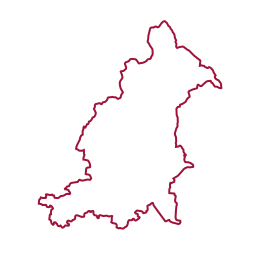 outline of An Nhon, Bình Định, Vietnam, rotated 173°
{"feature_id": "81297802B14138193507010", "entity_name": "An Nhon", "entity_type": "district", "adm_level": 2, "iso_a3": "VNM", "parent_name": "Vietnam", "parent_adm1": "Bình Định", "projection": "natural_earth1", "projection_center": [109.077, 13.858], "detail": "fine", "context": "isolated", "style": "outline", "palette": "rose", "viewbox_px": 256, "rotation_deg": 173, "n_neighbors": 0, "source": "geoboundaries", "source_scale": "gbopen_adm2", "svg_char_len": 5690}
<svg xmlns="http://www.w3.org/2000/svg" viewBox="0 0 256 256"><g transform="rotate(173 128 128)"><path d="M216.4,50.7L216.6,49.2L217.1,47.8L217.2,46.8L215.9,45.9L215.6,43.1L215.2,42.2L214.2,41.1L213.3,41.7L213.0,43.2L212.4,43.3L211.6,43.2L211.2,42.9L210.9,42.1L210.1,41.4L209.8,40.1L209.2,39.3L207.9,38.8L206.8,39.4L205.5,37.2L204.9,37.1L203.9,37.4L202.2,38.9L198.8,38.3L198.3,39.0L198.4,39.8L200.0,41.4L199.7,42.8L199.0,43.2L198.1,43.3L197.2,42.6L196.1,42.2L194.9,42.6L194.2,43.4L192.2,43.8L191.6,44.4L191.2,46.5L190.9,47.1L190.1,47.6L189.0,47.5L188.1,47.1L184.6,45.3L184.0,45.5L182.7,45.2L182.3,45.6L181.8,47.9L181.2,48.6L178.9,49.1L178.1,49.9L177.1,50.4L176.1,50.3L175.9,49.4L175.3,49.2L174.9,49.2L174.1,49.9L173.0,49.9L172.7,49.8L172.5,49.2L172.7,48.2L172.5,46.3L171.7,45.5L169.9,44.9L169.6,44.3L169.4,42.7L168.7,42.1L167.9,42.4L167.6,44.3L166.9,44.8L166.4,44.9L163.0,43.6L159.8,43.6L157.8,42.5L154.7,42.7L154.4,42.4L154.9,41.4L155.5,37.6L156.1,36.6L155.8,36.2L154.6,35.4L152.2,34.7L151.6,34.3L151.1,33.3L151.1,31.9L151.5,30.9L151.2,30.5L149.4,29.5L148.2,29.8L146.1,28.9L145.0,28.8L144.6,28.9L143.2,29.9L141.7,30.4L141.0,31.0L140.0,32.7L139.5,34.7L138.9,35.7L138.3,36.3L135.3,36.1L134.3,37.2L133.6,37.2L133.0,36.7L132.9,35.9L131.8,35.2L130.8,35.5L127.9,37.0L127.4,37.6L127.5,38.1L128.9,39.0L129.0,39.3L128.8,40.8L129.0,41.5L130.8,42.3L131.3,43.1L131.0,43.7L130.4,44.2L129.1,44.9L128.6,44.9L124.7,43.7L123.8,43.1L123.4,41.9L123.0,41.6L120.5,41.9L120.1,42.2L119.8,43.4L118.9,43.7L118.3,44.8L118.3,48.1L117.6,48.7L115.5,49.2L113.7,50.5L113.0,50.7L112.4,50.4L111.9,47.9L102.4,30.9L101.7,30.8L98.4,31.8L98.2,31.7L98.0,30.9L97.4,30.0L95.5,28.8L89.5,26.5L88.1,27.0L87.4,28.2L87.4,29.5L87.6,29.7L89.5,30.1L91.0,30.9L91.4,31.3L91.6,32.3L91.6,34.1L90.3,41.0L89.5,44.5L89.0,45.5L88.8,47.2L89.0,47.8L90.0,48.8L90.1,49.8L90.1,50.5L88.9,54.6L89.9,55.7L89.9,57.2L90.3,57.4L94.9,58.3L94.9,59.3L94.3,62.5L93.3,64.2L93.4,65.6L92.9,67.9L92.5,68.4L91.5,68.0L90.6,68.5L88.7,68.9L88.6,69.9L88.2,70.4L88.2,70.7L89.1,72.4L85.1,74.1L84.0,74.7L77.7,80.3L76.2,81.2L73.8,81.9L71.5,81.4L68.2,81.4L68.0,81.5L67.9,82.2L68.0,83.6L70.2,85.6L72.2,86.6L75.0,87.1L75.7,87.8L75.9,88.9L75.9,90.3L75.1,92.3L75.6,93.9L75.1,94.0L74.2,93.8L73.9,94.2L75.6,96.9L75.8,98.2L75.6,99.7L76.8,101.5L77.1,102.7L78.0,103.8L78.6,104.2L80.2,103.5L82.7,103.4L82.2,105.5L82.4,107.3L81.8,108.7L81.5,113.0L82.2,115.6L82.0,117.4L80.0,121.8L78.6,123.5L78.5,125.9L77.8,127.9L77.7,130.0L77.4,132.5L78.1,134.6L77.6,141.2L76.1,142.8L74.0,142.9L73.4,144.8L71.0,145.3L67.9,146.8L67.4,147.2L66.7,148.5L65.1,150.3L63.1,151.4L62.9,152.1L63.6,156.1L63.2,157.0L59.4,158.3L54.8,159.0L54.5,159.4L54.2,160.9L53.5,162.4L53.2,162.5L51.0,160.8L49.8,160.7L48.6,161.7L44.6,164.5L43.3,164.8L40.6,164.8L40.2,164.6L39.9,164.2L39.8,163.0L38.7,162.4L37.0,158.9L36.6,158.5L34.6,158.1L32.8,156.8L31.3,156.2L30.5,156.3L30.3,159.9L30.6,161.3L32.4,164.4L34.1,165.4L35.3,166.6L35.6,168.4L34.6,169.6L36.1,172.4L36.7,175.0L38.4,177.4L39.9,178.5L40.5,178.5L41.2,177.9L41.8,177.8L44.1,179.2L45.0,180.5L46.8,180.8L47.4,181.3L49.1,181.0L48.0,185.9L48.1,186.3L53.7,191.9L58.1,197.6L59.4,198.3L62.9,201.8L63.7,202.1L64.7,202.2L67.4,202.0L69.3,201.5L69.8,201.7L70.2,202.6L70.2,203.5L69.7,205.5L70.4,207.8L69.6,208.9L69.6,209.3L70.4,211.5L70.6,215.3L71.5,217.1L72.0,217.8L72.3,219.3L73.6,221.4L74.0,223.0L75.5,224.5L76.5,227.3L78.1,229.2L78.5,229.5L79.6,229.5L80.9,228.8L82.5,227.4L84.7,224.9L85.4,224.5L86.6,224.4L87.8,225.3L88.5,225.3L89.4,225.2L90.3,224.6L92.1,224.9L93.4,224.6L94.1,223.5L96.5,217.1L97.2,213.6L97.9,211.7L97.9,210.9L97.0,209.4L95.8,206.4L94.2,203.4L94.2,201.7L94.5,198.4L95.1,197.2L96.1,196.1L96.9,194.4L97.4,194.0L99.4,193.8L100.1,193.6L101.7,192.2L103.5,191.4L105.7,190.9L107.7,190.9L109.0,190.7L109.5,190.9L111.1,194.1L112.0,195.2L115.2,196.1L117.3,196.0L119.3,194.1L121.9,193.6L122.7,193.0L123.2,192.4L123.3,192.0L122.4,188.4L122.8,187.0L125.5,185.2L128.1,185.1L128.4,184.8L127.6,181.8L127.3,179.1L127.5,178.3L129.6,175.9L130.3,174.9L130.6,174.2L130.8,171.6L130.5,168.4L128.7,164.0L130.6,161.8L131.8,158.9L134.2,158.1L134.6,158.2L136.6,160.0L137.9,160.1L139.5,160.7L144.0,160.7L144.4,160.4L145.0,159.0L145.8,158.0L147.5,156.7L149.9,156.5L151.2,154.9L152.0,155.1L152.7,155.9L153.3,156.1L157.0,155.7L157.7,155.3L158.2,154.5L158.3,152.8L159.5,151.2L158.1,147.2L158.5,145.5L159.0,144.5L160.2,143.2L161.9,142.7L163.0,140.9L164.3,139.6L166.0,139.1L166.7,137.2L167.1,136.8L168.2,136.7L170.3,133.6L170.7,133.6L171.5,134.7L172.0,134.3L172.6,131.8L173.4,130.5L173.8,126.9L175.3,126.3L175.6,125.9L176.7,124.2L177.3,122.2L180.1,118.1L181.4,115.8L182.1,113.7L180.6,112.8L179.2,111.5L176.4,111.0L174.5,111.6L174.5,110.5L174.9,107.5L174.4,106.7L175.9,103.7L176.1,102.1L174.0,101.5L171.7,100.6L171.4,100.2L170.7,98.8L170.3,97.1L170.2,95.1L170.3,94.0L170.7,93.7L172.8,93.6L173.8,93.4L174.2,93.0L174.5,92.4L175.6,87.5L174.7,87.0L173.3,86.8L171.8,85.9L171.3,85.1L170.7,82.5L171.7,81.3L172.2,81.2L173.8,81.7L174.9,81.8L179.5,81.3L181.0,81.7L182.3,82.5L182.7,82.5L184.6,80.6L190.6,80.4L191.5,80.2L192.4,79.5L193.5,77.6L195.6,77.3L197.1,75.9L198.0,75.5L197.9,74.9L195.3,74.1L194.6,73.5L194.3,72.2L193.7,71.6L193.3,70.3L193.9,69.5L196.1,70.0L197.7,69.9L198.6,69.3L200.3,68.7L203.2,68.6L205.0,67.3L206.1,67.0L209.1,67.6L209.5,68.2L209.7,70.1L211.0,70.3L211.4,70.5L211.5,71.1L213.7,71.0L216.6,72.1L217.5,72.0L217.3,70.7L217.9,69.9L217.8,69.0L218.2,68.6L221.1,68.9L223.0,69.7L223.7,68.4L224.9,67.5L225.7,64.2L225.7,63.7L223.6,63.2L222.1,61.9L218.8,61.7L218.6,61.4L218.2,59.8L217.0,59.2L215.3,59.1L215.0,59.5L214.9,60.3L214.3,60.4L213.6,59.9L212.4,57.9L212.3,57.2L212.5,56.9L214.0,56.2L214.8,53.7L214.9,51.7L215.9,51.6L216.4,50.7Z" fill="none" stroke="#9f1239" stroke-width="2"/></g></svg>